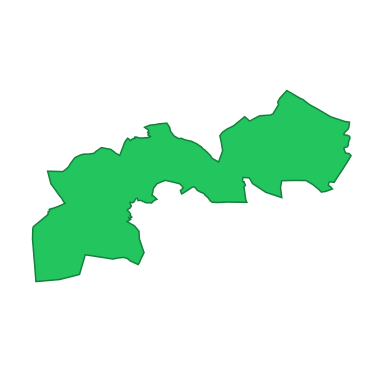 Kware, Sokoto, Nigeria (Equal Earth projection), rotated 101°
{"feature_id": "59680162B33139882700556", "entity_name": "Kware", "entity_type": "district", "adm_level": 2, "iso_a3": "NGA", "parent_name": "Nigeria", "parent_adm1": "Sokoto", "projection": "equal_earth", "projection_center": [5.32, 13.155], "detail": "fine", "context": "isolated", "style": "filled", "palette": "green", "viewbox_px": 384, "rotation_deg": 101, "n_neighbors": 0, "source": "geoboundaries", "source_scale": "gbopen_adm2", "svg_char_len": 4023}
<svg xmlns="http://www.w3.org/2000/svg" viewBox="0 0 384 384"><g transform="rotate(101 192 192)"><path d="M309.7,328.1L305.6,313.7L303.2,305.3L294.4,286.7L274.0,284.8L272.9,256.7L271.2,252.9L269.3,246.7L269.5,243.0L271.5,239.3L273.5,231.0L271.5,230.2L267.4,229.4L260.7,227.5L247.9,234.8L240.7,236.5L236.2,242.0L234.0,248.5L233.4,250.1L232.0,248.5L230.6,247.0L230.1,247.7L230.0,248.7L229.1,249.2L228.9,246.9L228.1,246.3L226.6,248.3L225.6,248.0L223.6,249.9L222.7,251.5L221.8,252.1L219.8,249.9L217.8,249.0L217.2,248.9L214.4,251.1L213.8,250.7L213.9,248.2L212.3,246.7L210.5,246.4L209.3,245.8L208.6,244.4L210.7,243.5L210.0,240.3L210.7,238.5L210.6,237.6L211.2,235.9L211.3,234.1L210.7,232.3L210.6,231.0L210.5,229.5L209.9,229.3L207.5,227.4L206.8,226.5L205.8,225.0L203.3,229.0L203.1,230.6L195.7,230.5L190.5,227.9L185.8,220.7L185.7,220.0L185.9,212.3L186.3,205.7L187.9,203.2L189.7,201.4L192.8,203.7L195.9,201.8L194.2,199.8L186.8,192.2L186.7,191.2L187.0,189.9L187.4,189.3L188.2,188.4L189.3,187.2L190.4,183.9L191.2,180.1L191.4,179.6L192.4,178.8L192.7,178.4L193.1,177.7L193.4,177.0L193.6,176.6L194.3,175.8L194.7,174.9L195.7,173.9L196.5,173.2L197.3,172.2L197.4,171.9L197.7,171.5L197.8,171.1L197.9,170.8L198.2,170.1L197.5,165.0L195.1,155.3L191.7,136.2L189.3,137.8L187.5,138.4L176.8,142.0L175.3,140.8L172.0,142.9L172.5,143.6L171.9,144.1L171.2,144.6L168.0,144.7L167.2,138.7L168.5,137.3L172.1,134.3L178.2,119.5L180.4,102.8L170.6,106.0L163.8,106.1L161.1,93.6L159.0,82.3L161.6,74.9L164.9,68.7L167.4,65.0L165.9,60.8L162.2,54.7L160.2,57.3L159.6,59.4L156.7,59.4L155.7,59.0L155.4,54.3L150.4,52.4L143.9,49.6L130.6,44.4L127.7,43.4L125.9,42.8L124.3,45.2L124.4,48.8L120.2,51.3L119.0,50.2L117.9,48.0L115.8,47.6L112.8,47.9L109.1,47.2L107.3,47.9L106.6,50.5L106.8,52.4L106.7,54.0L104.5,53.5L100.4,50.7L98.3,50.4L93.4,50.7L93.6,55.5L91.7,70.2L85.8,86.9L84.7,90.8L84.2,92.1L83.7,93.4L83.5,93.8L83.2,94.6L80.0,100.8L79.5,103.5L77.9,108.0L76.6,111.7L74.3,118.3L83.0,123.6L87.5,125.1L89.7,123.7L99.9,127.5L101.5,129.7L103.2,136.2L104.1,139.6L104.8,140.9L109.1,146.2L111.4,148.9L108.0,154.6L117.5,162.5L119.4,164.2L123.2,169.3L127.4,173.4L131.5,175.4L137.2,172.9L145.6,169.8L157.4,171.6L155.1,178.7L153.5,180.1L152.6,181.1L149.7,185.3L149.0,186.6L148.4,187.2L147.6,189.4L145.9,191.4L144.7,194.5L143.6,197.0L143.4,198.4L143.2,199.0L142.7,200.4L142.2,203.1L142.3,204.4L142.2,207.7L141.9,210.0L141.6,211.3L141.3,212.9L141.8,214.1L142.1,214.9L142.0,215.6L141.4,217.4L140.9,219.0L140.2,220.5L137.6,223.5L136.2,224.9L133.1,226.1L130.2,228.8L129.2,229.8L131.6,238.1L132.3,239.3L134.6,246.5L137.5,250.9L138.6,248.8L139.4,246.7L140.5,246.1L141.5,246.8L142.3,246.9L142.6,245.3L143.5,245.6L144.2,246.1L145.0,245.7L145.2,244.9L145.0,244.0L145.4,243.3L146.8,244.9L147.3,246.4L147.5,247.6L147.5,248.2L148.2,249.7L148.5,251.8L148.9,252.3L149.0,252.6L148.9,254.6L148.7,256.9L148.8,258.0L149.2,258.8L149.7,258.5L149.9,257.9L150.2,258.1L150.4,258.3L150.6,259.2L151.1,260.3L151.8,261.0L152.2,261.3L153.3,262.2L153.2,262.3L152.4,263.5L151.9,264.4L151.5,265.4L154.4,267.0L156.0,267.4L157.3,267.9L157.8,267.8L169.8,269.9L168.6,274.1L167.1,276.7L166.3,278.5L165.6,280.0L165.7,283.4L165.7,289.4L170.8,294.3L172.7,295.6L174.6,301.1L175.2,304.3L175.6,305.8L176.8,308.3L178.3,310.5L180.7,313.5L183.4,314.9L186.9,316.6L191.2,318.1L196.6,322.6L199.1,337.7L206.4,334.2L210.9,332.1L214.3,328.3L221.1,321.2L223.2,318.5L225.7,316.5L227.3,314.5L231.3,319.9L234.8,325.8L234.9,326.2L235.0,326.4L235.0,326.7L235.2,326.9L235.6,327.2L235.7,327.6L235.8,328.0L236.0,328.3L236.0,328.5L236.3,328.8L236.4,328.7L236.6,328.5L236.5,328.4L236.8,328.1L237.0,328.1L237.3,328.2L237.4,328.3L237.9,328.4L238.1,328.6L238.4,328.8L238.5,328.9L238.6,329.1L238.6,329.3L238.8,329.4L239.0,329.5L239.3,329.4L239.6,329.2L239.9,329.0L240.2,329.0L240.3,329.0L240.5,329.1L240.8,329.1L241.0,329.1L241.3,329.4L241.6,329.4L241.9,329.5L242.0,329.4L242.3,329.6L242.4,329.8L242.7,329.9L243.0,330.1L243.7,330.8L256.4,341.2L258.9,341.2L268.6,339.6L291.3,333.2L309.7,328.1Z" fill="#22c55e" stroke="#15803d" stroke-width="1.5"/></g></svg>